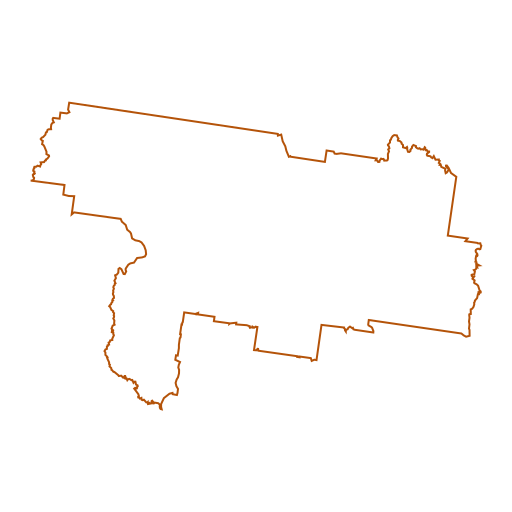 Mount Alexander, Victoria, Australia
{"feature_id": "25037944B33361376852028", "entity_name": "Mount Alexander", "entity_type": "district", "adm_level": 2, "iso_a3": "AUS", "parent_name": "Australia", "parent_adm1": "Victoria", "projection": "mercator", "projection_center": [144.192, -37.076], "detail": "fine", "context": "isolated", "style": "outline", "palette": "amber", "viewbox_px": 512, "rotation_deg": 0, "n_neighbors": 0, "source": "geoboundaries", "source_scale": "gbopen_adm2", "svg_char_len": 6050}
<svg xmlns="http://www.w3.org/2000/svg" viewBox="0 0 512 512"><path d="M105.5,349.4L104.5,351.1L105.4,352.5L105.4,354.9L107.2,356.7L107.0,357.3L107.6,357.7L107.3,358.5L109.1,362.3L109.1,364.0L109.9,364.7L109.5,366.4L111.2,368.0L111.5,369.9L112.1,370.1L113.5,371.9L114.3,371.9L118.3,375.2L118.8,376.0L121.3,375.7L122.9,377.5L123.9,377.0L124.6,376.0L125.2,376.0L125.5,376.9L124.7,378.3L125.4,378.7L126.5,378.4L127.3,380.2L128.1,379.2L129.4,378.9L131.5,380.2L132.3,380.0L133.5,382.8L134.5,381.7L135.4,381.7L136.0,384.5L137.6,385.4L137.7,386.4L136.7,387.3L137.0,388.1L136.7,388.5L135.1,387.9L134.2,388.6L138.3,394.1L138.9,396.0L138.1,396.9L138.3,397.5L139.2,397.6L139.9,398.6L141.4,397.9L141.7,399.8L142.8,400.2L143.9,399.7L146.3,402.4L147.3,402.5L147.8,402.0L148.0,403.8L149.2,403.2L149.0,402.1L149.5,403.2L149.3,403.8L151.3,403.4L151.7,401.0L152.2,400.7L153.2,402.0L153.3,403.4L153.9,403.4L154.6,402.6L158.2,403.2L160.2,405.0L159.7,406.0L159.9,407.9L160.6,409.0L161.7,409.3L161.1,407.0L161.1,404.1L163.9,398.1L169.5,393.7L172.5,392.9L172.7,394.2L176.9,395.0L177.5,392.9L178.0,388.9L176.4,386.2L175.6,382.9L176.6,379.6L178.0,377.3L179.0,373.4L179.1,369.9L178.3,367.5L178.8,364.8L180.0,362.0L175.3,359.8L176.0,355.3L177.7,355.6L178.9,348.1L178.9,344.8L179.8,338.2L180.5,337.5L180.9,334.3L180.1,334.1L181.5,324.5L182.0,324.6L182.4,322.4L182.8,322.1L184.2,312.4L195.4,314.0L196.0,313.7L196.3,314.3L196.9,314.0L196.7,313.5L198.1,312.9L197.9,314.4L214.5,316.8L213.9,321.2L229.5,323.3L229.4,323.9L230.1,323.4L236.3,322.7L236.1,324.4L246.7,325.2L249.6,326.2L249.4,326.7L250.0,327.8L251.1,327.3L252.5,327.6L252.6,326.7L254.1,327.7L255.5,326.7L256.1,327.1L256.2,326.8L257.4,327.0L254.0,350.1L256.3,350.3L257.6,348.8L258.1,348.9L258.3,350.7L297.1,356.2L297.1,356.9L299.5,357.3L299.4,356.5L310.8,358.1L311.7,360.9L314.4,359.7L316.5,360.1L321.5,324.9L343.9,327.5L343.8,327.9L344.8,328.7L345.0,330.3L345.8,331.5L345.9,329.8L347.6,329.3L348.3,327.8L350.0,326.6L352.1,328.1L352.9,327.8L353.4,329.3L354.9,329.8L373.3,332.5L373.4,331.1L372.1,327.8L371.5,327.1L368.5,325.4L368.2,324.4L368.8,320.0L461.4,333.5L463.7,335.4L466.1,336.7L469.6,335.8L469.5,329.9L469.0,328.6L469.5,324.3L469.0,321.5L469.5,317.8L469.2,314.8L469.4,314.2L470.8,314.0L470.7,309.4L472.1,308.8L473.5,306.9L474.3,304.2L474.1,302.7L474.8,301.7L474.9,300.6L477.1,298.1L477.9,294.2L478.9,294.2L478.4,292.2L479.0,291.9L479.9,292.8L480.6,292.6L480.8,292.0L480.5,291.2L479.6,290.5L478.1,285.7L476.6,284.3L474.4,283.2L474.1,282.6L474.6,280.4L472.5,278.8L473.8,277.0L472.8,277.1L471.7,275.8L471.6,274.9L472.3,274.5L474.2,274.7L474.9,271.5L473.9,270.1L475.2,269.7L476.3,268.6L476.3,266.7L477.1,267.1L476.5,265.2L477.2,265.6L479.3,265.4L476.6,263.9L476.4,262.1L475.4,261.7L475.9,260.4L475.6,258.9L476.1,256.0L476.5,255.2L477.3,255.8L477.5,255.4L477.3,254.0L475.9,252.1L475.6,250.9L475.9,249.9L477.1,249.0L478.2,248.7L479.5,249.3L480.3,249.1L481.3,245.7L480.6,244.7L480.3,243.3L477.9,243.4L477.3,242.9L465.4,241.2L467.6,238.5L447.8,235.6L456.3,176.8L451.0,173.0L448.6,167.9L446.8,165.5L446.0,165.6L446.0,166.3L448.5,169.0L448.7,169.7L446.9,172.5L445.7,173.2L445.1,170.6L445.3,168.7L441.3,166.9L440.8,165.0L439.7,164.9L440.2,163.9L438.8,162.9L439.7,160.9L438.8,160.3L438.8,159.5L435.5,159.7L433.8,156.1L432.5,158.1L431.2,157.4L430.5,156.3L427.3,155.7L426.8,154.8L427.0,153.6L429.1,152.1L429.1,151.5L427.6,151.4L426.7,150.0L425.9,150.2L425.1,148.3L425.2,147.6L424.7,147.2L423.6,149.7L422.2,149.2L420.6,149.4L419.6,148.2L418.2,148.7L417.1,148.2L415.9,147.2L416.0,146.1L413.4,145.0L412.0,146.7L412.0,147.9L410.4,149.7L410.5,150.9L409.3,152.0L408.0,151.8L407.1,149.0L407.3,147.9L407.0,147.0L405.6,148.1L403.0,147.3L403.0,145.0L401.6,143.7L401.5,142.5L399.9,141.1L397.9,140.6L397.8,140.0L398.5,138.5L397.6,137.4L396.9,135.4L394.2,135.1L392.7,136.1L391.4,138.0L390.8,139.8L390.0,140.3L390.0,142.5L387.9,144.7L388.0,145.4L388.9,146.3L389.4,148.3L388.2,149.4L389.0,151.3L387.9,154.0L388.0,158.4L387.6,160.0L387.0,160.5L384.2,160.6L383.9,159.4L383.4,158.9L382.2,159.1L381.1,158.6L379.6,160.6L379.4,161.9L378.1,162.0L377.0,160.3L375.7,160.3L376.6,158.5L341.0,153.3L336.6,153.9L334.6,153.6L333.7,151.6L326.6,150.5L324.9,161.9L290.5,156.7L290.3,156.2L288.9,156.8L286.4,150.8L285.3,146.3L282.7,141.3L281.2,134.6L277.9,135.6L277.8,133.9L69.2,102.7L68.1,109.6L69.4,112.2L66.9,113.4L60.4,112.6L59.6,118.7L53.2,117.9L52.7,118.7L52.7,120.0L53.8,122.4L52.5,122.9L51.3,124.5L50.9,127.7L51.1,129.2L48.6,129.3L47.6,129.8L46.8,132.1L46.3,132.1L45.8,132.8L45.4,134.7L43.1,137.1L41.7,137.7L40.7,139.0L41.8,140.4L42.8,140.9L42.1,144.2L43.5,145.1L44.3,146.4L46.5,151.7L46.4,154.1L49.0,155.5L49.1,156.3L47.4,158.6L45.9,159.5L45.9,160.4L44.9,160.7L44.1,162.1L40.6,162.4L41.2,164.2L40.3,165.4L40.1,166.5L37.5,165.7L36.3,166.7L34.4,166.8L34.1,167.5L34.3,168.4L33.5,169.1L33.2,170.8L34.4,171.5L34.2,172.3L34.8,173.5L34.3,174.0L33.6,173.9L32.8,174.9L33.3,177.0L34.1,177.8L34.0,178.9L32.6,180.5L30.7,180.6L64.5,185.0L63.3,194.6L68.8,196.0L74.2,196.2L71.7,214.4L74.1,212.4L120.7,218.9L121.9,221.7L125.7,225.0L127.2,229.7L130.0,232.0L131.0,233.5L132.1,238.4L135.3,240.3L139.2,241.1L141.5,242.4L144.1,245.9L145.7,250.3L146.1,254.2L145.0,256.4L142.1,257.4L137.1,258.0L134.0,262.6L130.3,263.4L128.3,264.7L125.7,268.6L125.6,269.9L126.2,271.4L124.8,274.1L123.6,274.0L121.4,269.2L119.7,268.0L118.5,268.9L118.3,272.7L116.8,274.6L115.1,275.3L115.9,278.1L114.4,280.7L115.5,283.3L114.8,283.6L114.7,285.0L113.8,285.8L113.3,287.2L113.9,288.6L113.1,290.7L113.4,292.1L112.9,293.4L113.0,294.6L113.8,295.9L114.0,297.9L112.9,298.8L112.4,300.0L112.9,300.5L112.3,300.8L112.3,302.1L111.3,303.1L111.1,304.3L110.4,304.6L109.2,306.2L110.2,307.1L111.4,309.9L113.2,311.1L113.1,312.2L114.1,313.2L113.7,315.5L114.1,316.0L114.0,317.2L113.3,318.4L114.4,320.6L114.1,323.5L114.6,324.7L112.7,325.6L111.5,328.7L113.2,330.3L113.0,330.9L112.0,330.7L111.8,332.2L113.3,332.6L113.3,334.1L113.9,335.2L112.2,338.9L112.3,340.0L110.2,340.4L109.7,342.0L108.6,342.6L109.1,344.6L107.6,345.3L107.8,345.9L106.9,346.6L106.9,348.9L105.5,349.4Z" fill="none" stroke="#b45309" stroke-width="2"/></svg>